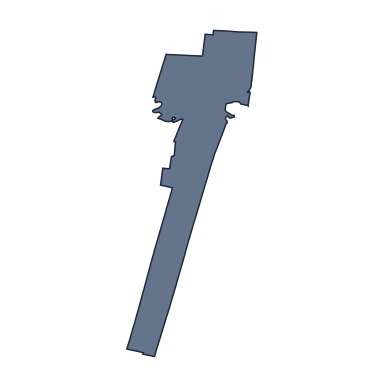 Balaciu, Ialomita, Romania, rotated 170°
{"feature_id": "2599482B99683326218446", "entity_name": "Balaciu", "entity_type": "district", "adm_level": 2, "iso_a3": "ROU", "parent_name": "Romania", "parent_adm1": "Ialomita", "projection": "robinson", "projection_center": [26.903, 44.669], "detail": "fine", "context": "isolated", "style": "filled", "palette": "slate", "viewbox_px": 384, "rotation_deg": 170, "n_neighbors": 0, "source": "geoboundaries", "source_scale": "gbopen_adm2", "svg_char_len": 5470}
<svg xmlns="http://www.w3.org/2000/svg" viewBox="0 0 384 384"><g transform="rotate(170 192 192)"><path d="M118.2,341.5L133.8,345.5L134.2,345.5L142.7,347.4L144.0,343.1L151.3,345.0L151.6,345.1L158.0,324.2L158.3,324.1L160.2,324.5L167.0,326.0L174.1,327.6L180.7,329.1L182.1,329.4L193.6,332.0L193.6,331.9L195.0,329.2L196.4,326.4L201.1,317.4L205.7,308.4L206.1,307.8L206.1,307.6L206.3,307.4L206.4,307.1L207.8,304.4L209.2,301.7L211.2,297.7L213.2,293.6L213.5,293.1L214.0,292.1L213.1,292.1L212.2,292.1L211.4,291.8L211.4,291.6L211.3,291.4L211.4,291.1L211.5,290.8L211.7,290.4L211.9,290.0L212.0,289.7L212.4,288.9L212.7,288.2L212.6,287.6L212.5,287.0L212.1,286.5L211.5,286.3L211.2,286.4L210.9,286.4L210.3,286.4L209.6,286.5L208.4,286.5L207.3,286.1L206.7,285.3L206.5,284.6L206.5,283.8L206.7,283.2L207.1,282.6L207.8,282.0L208.0,281.8L208.3,281.6L208.9,281.2L209.6,280.9L211.3,280.3L212.0,280.1L212.6,280.1L213.2,280.0L213.8,280.0L214.0,279.9L214.3,279.9L214.6,279.8L214.8,279.7L215.1,279.5L215.4,279.4L215.7,279.3L216.1,279.2L216.3,279.1L216.7,278.7L216.7,278.3L216.5,277.9L216.4,277.7L215.9,277.2L215.4,276.9L214.7,276.7L214.0,276.5L213.6,276.4L213.3,276.4L211.7,276.4L210.7,276.4L208.1,273.5L208.2,273.2L211.4,271.7L212.1,271.3L212.8,270.7L212.6,270.5L209.4,268.7L208.8,268.2L208.1,267.8L207.6,267.5L206.9,267.0L206.7,266.8L206.4,266.6L205.9,266.4L205.4,266.1L205.0,266.0L204.1,265.7L203.5,265.6L202.5,265.4L202.2,265.4L201.7,265.3L201.1,265.3L200.8,265.3L200.3,265.4L199.9,265.5L199.6,265.6L199.3,265.8L199.0,266.2L198.9,266.5L198.7,267.3L198.7,267.7L198.6,268.0L198.5,268.3L198.3,268.6L198.0,268.8L197.8,269.0L197.6,268.9L197.3,268.9L196.9,268.8L196.6,268.6L196.3,268.5L196.1,268.4L195.7,268.1L195.5,267.9L195.4,267.7L195.5,267.4L195.6,267.2L195.9,267.0L196.1,266.9L196.4,266.9L196.9,266.8L197.4,266.6L197.8,266.4L198.2,266.2L198.4,266.0L198.6,265.7L198.7,265.4L198.8,265.1L198.9,264.7L199.0,264.4L199.0,264.2L198.9,264.1L198.3,263.9L197.9,263.8L197.2,263.9L196.2,264.1L194.9,264.3L193.6,264.6L192.5,265.0L191.1,265.4L190.5,265.6L190.1,265.5L188.5,265.2L188.3,265.1L190.2,262.2L191.2,260.7L191.4,260.6L200.8,245.5L201.1,245.0L201.1,244.9L200.9,244.9L199.5,244.3L200.1,242.3L202.0,235.3L203.1,231.1L203.8,230.9L204.4,230.8L205.2,230.6L206.1,230.4L210.1,218.7L216.6,220.5L221.8,204.2L210.5,199.5L218.0,184.1L228.5,162.6L239.1,141.1L241.2,136.5L241.7,135.6L244.5,129.7L251.1,115.6L254.4,108.5L255.1,107.0L255.4,106.4L256.3,104.5L257.7,101.5L271.5,72.5L271.8,71.9L273.6,68.6L279.2,56.9L280.3,54.8L283.4,48.8L283.5,48.7L283.4,48.6L281.3,47.8L275.9,45.6L267.8,42.2L268.6,40.9L262.3,38.4L258.7,37.0L257.5,36.6L256.9,37.7L255.3,40.9L254.2,43.3L253.9,43.9L253.8,44.1L253.3,45.0L253.0,45.7L252.8,46.1L252.5,46.5L251.5,48.4L251.0,49.4L250.3,50.9L249.7,52.0L249.4,52.6L249.0,53.2L248.6,54.0L247.9,55.4L247.6,56.0L247.3,56.7L247.0,57.4L246.6,58.2L246.3,58.9L246.0,59.4L245.8,59.7L245.6,60.2L245.4,60.4L245.3,60.7L245.1,61.1L244.9,61.4L244.6,62.1L244.3,62.6L244.0,63.1L243.9,63.4L243.5,64.1L243.4,64.3L243.3,64.6L242.3,66.4L239.7,71.6L239.6,71.9L238.2,74.5L235.1,80.4L233.9,82.8L232.6,85.5L230.4,90.0L229.2,92.3L227.7,95.4L226.9,96.9L226.9,97.0L226.6,97.6L225.5,99.8L225.0,100.7L224.3,102.1L223.6,103.5L223.5,103.8L220.2,110.7L217.0,117.2L213.7,123.9L210.5,130.5L208.1,135.6L207.3,137.3L207.2,137.5L207.0,137.9L206.4,139.3L201.0,150.2L200.3,151.6L197.3,157.7L195.5,161.4L192.0,168.2L189.6,173.1L187.9,176.4L185.0,182.2L183.8,184.7L183.1,186.1L181.8,188.6L179.9,192.5L175.0,202.2L173.0,206.3L169.7,212.9L166.5,219.1L166.1,219.8L163.1,225.7L159.9,230.7L158.5,233.1L157.3,235.1L153.6,241.3L152.7,242.7L152.6,242.9L152.4,243.3L150.3,246.9L147.1,252.2L146.6,253.1L146.4,253.4L146.1,253.4L145.9,253.4L145.7,253.6L145.6,253.8L145.4,254.1L145.2,255.1L145.2,255.7L145.4,256.3L145.6,256.6L145.9,256.8L146.2,257.2L146.3,257.7L146.4,258.0L146.3,258.5L146.2,258.9L146.0,259.3L145.8,259.5L145.2,259.9L144.6,260.4L144.2,260.7L143.9,260.7L143.6,260.6L143.3,260.0L143.1,259.6L142.9,259.2L142.7,259.0L142.5,258.8L142.4,258.6L141.8,258.3L141.4,258.1L141.1,258.1L140.9,258.1L140.7,258.1L140.2,258.2L139.0,258.4L138.4,258.5L137.3,258.5L137.2,258.5L137.3,260.2L137.6,260.3L138.3,260.4L139.0,260.6L139.3,260.7L139.7,261.0L140.0,261.2L140.6,261.8L140.9,262.2L141.7,262.9L142.5,263.4L142.8,263.6L143.2,263.9L143.6,264.3L144.0,264.8L144.3,265.2L144.7,265.9L144.8,266.3L144.9,266.6L144.9,266.9L144.8,267.7L144.8,268.0L144.6,268.6L144.4,269.4L144.1,270.2L143.9,271.0L143.6,271.6L143.4,271.9L143.1,272.5L142.7,272.8L142.4,273.0L136.8,273.1L136.8,273.4L136.7,273.4L135.2,273.7L135.0,273.8L134.7,273.8L133.1,273.3L131.3,272.9L130.2,272.6L129.7,272.5L129.2,271.4L128.8,270.5L128.6,270.2L128.2,270.0L127.9,269.8L127.2,269.6L126.4,269.4L125.7,269.1L125.4,268.9L124.4,268.4L123.3,268.0L122.7,267.8L122.2,267.5L122.0,267.3L121.8,267.0L121.7,267.3L121.6,267.5L121.2,268.9L119.7,273.4L119.3,274.9L119.0,275.7L118.7,276.5L117.8,278.8L117.7,279.0L117.8,279.4L117.7,279.7L117.6,280.3L117.6,280.5L118.1,280.5L118.6,280.6L119.5,280.4L119.8,280.3L119.8,280.5L120.0,280.8L119.3,281.3L118.4,282.0L117.7,282.7L116.5,284.0L115.9,284.7L115.7,285.3L115.6,285.5L115.3,286.3L115.2,286.7L115.1,287.1L115.0,287.3L115.0,287.6L115.0,287.9L115.0,288.1L115.0,288.4L115.0,288.6L114.9,288.7L114.5,289.6L114.2,290.1L114.1,290.4L114.0,290.6L113.8,291.3L113.3,292.6L112.8,294.6L112.5,295.8L110.9,301.5L109.2,307.3L107.7,312.8L105.8,319.4L102.5,330.8L100.5,337.9L110.1,339.9L110.7,340.0L118.2,341.5Z" fill="#64748b" stroke="#1e293b" stroke-width="1.5"/></g></svg>